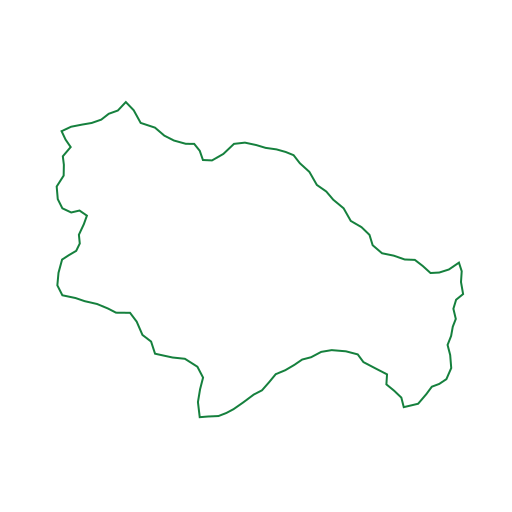 Acaiaca, Minas Gerais, Brazil (orthographic projection), rotated 351°
{"feature_id": "56859067B86255168283316", "entity_name": "Acaiaca", "entity_type": "district", "adm_level": 2, "iso_a3": "BRA", "parent_name": "Brazil", "parent_adm1": "Minas Gerais", "projection": "orthographic", "projection_center": [-43.099, -20.398], "detail": "fine", "context": "isolated", "style": "outline", "palette": "green", "viewbox_px": 512, "rotation_deg": 351, "n_neighbors": 0, "source": "geoboundaries", "source_scale": "gbopen_adm2", "svg_char_len": 1621}
<svg xmlns="http://www.w3.org/2000/svg" viewBox="0 0 512 512"><g transform="rotate(351 256 256)"><path d="M455.4,294.3L444.4,299.5L434.4,301.0L425.7,300.1L419.1,291.9L412.3,284.7L402.3,282.7L392.1,277.2L380.9,273.0L372.9,263.6L371.4,252.9L364.7,244.0L355.1,236.2L350.0,222.6L341.1,212.5L335.5,203.3L327.2,195.3L321.9,181.3L313.8,171.2L308.9,162.3L301.6,157.9L292.9,153.9L282.4,150.7L273.7,146.5L262.8,142.3L251.8,141.8L239.7,150.1L227.5,154.7L218.6,152.9L216.9,143.3L212.5,135.6L204.2,134.2L193.0,129.1L184.3,122.8L176.3,113.4L162.9,106.5L158.0,92.9L151.5,83.6L142.3,90.7L132.8,92.5L124.5,97.1L114.5,98.9L104.9,99.0L93.6,99.4L83.5,102.3L86.1,111.2L90.0,119.4L80.8,127.3L80.5,135.9L78.6,146.5L70.0,156.2L69.1,168.8L72.2,178.6L80.3,184.1L88.8,183.5L95.3,189.7L90.9,197.7L84.4,207.3L83.9,216.1L79.2,222.8L71.3,225.9L63.9,229.2L58.3,241.7L55.2,253.9L58.6,264.5L71.2,269.3L79.7,273.8L91.4,278.5L101.4,284.6L108.9,290.1L122.7,292.4L127.9,302.2L131.5,316.2L139.0,324.1L141.0,336.7L150.2,340.3L157.7,343.2L169.7,346.4L180.8,356.2L184.7,367.8L179.9,378.9L175.8,391.2L175.2,406.4L183.3,407.0L193.9,408.2L202.2,406.4L210.0,403.7L220.5,398.6L232.1,392.5L240.9,389.6L249.2,382.7L257.0,375.8L267.0,373.4L276.7,369.6L285.4,365.5L294.6,364.6L305.4,360.9L316.0,360.8L329.9,364.2L341.1,369.1L345.5,377.6L356.0,385.4L366.9,393.4L364.7,403.2L371.3,410.6L377.4,418.6L378.3,428.4L393.0,427.3L402.6,419.1L409.2,412.6L417.0,411.0L424.8,407.4L431.3,397.2L432.3,384.2L431.3,373.8L436.2,365.5L439.3,356.6L443.5,349.4L442.7,339.0L446.8,330.5L454.6,326.0L454.4,313.8L456.8,303.2L455.4,294.3Z" fill="none" stroke="#15803d" stroke-width="2"/></g></svg>